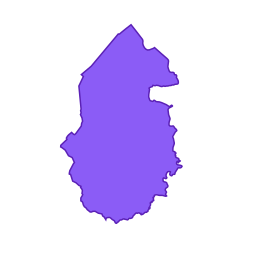 an SVG outline of West Kazakhstan, rotated 119°
{"feature_id": "KAZ-3201", "entity_name": "West Kazakhstan", "entity_type": "Region", "adm_level": 1, "iso_a3": "KAZ", "parent_name": "Kazakhstan", "parent_adm1": "", "projection": "orthographic", "projection_center": [51.03, 49.856], "detail": "fine", "context": "isolated", "style": "filled", "palette": "violet", "viewbox_px": 256, "rotation_deg": 119, "n_neighbors": 0, "source": "natural_earth", "source_scale": "10m", "svg_char_len": 4953}
<svg xmlns="http://www.w3.org/2000/svg" viewBox="0 0 256 256"><g transform="rotate(119 128 128)"><path d="M168.7,61.3L169.3,61.7L169.7,62.9L170.0,64.3L170.3,65.3L171.8,68.1L172.4,70.3L172.6,70.7L172.8,71.1L173.2,71.5L173.6,71.9L174.0,72.2L174.2,72.3L174.7,71.9L176.6,72.0L176.7,72.3L176.9,72.2L177.2,71.8L177.4,71.5L177.6,71.3L177.8,71.2L178.3,71.2L178.5,71.0L178.6,70.8L178.7,70.5L179.1,70.4L179.3,70.5L179.8,71.0L180.0,71.1L181.2,71.0L181.6,71.1L181.3,71.8L181.8,71.8L182.4,72.2L182.7,72.2L183.0,72.1L183.3,71.8L183.6,71.5L183.8,71.3L184.7,70.9L187.3,70.9L187.1,70.3L187.2,70.0L187.4,70.0L187.8,70.0L188.0,70.0L188.1,70.4L188.3,70.5L188.5,70.6L188.7,70.4L188.9,70.4L190.5,70.6L190.8,70.5L191.3,70.2L191.8,70.6L192.7,70.9L192.9,71.2L193.4,72.0L193.7,72.3L196.0,73.1L196.9,73.8L197.2,74.0L197.4,74.6L197.2,74.9L196.5,75.3L196.9,75.8L196.9,76.3L196.8,76.9L197.0,77.5L197.7,78.2L198.1,78.6L198.2,79.3L198.8,79.9L202.8,80.9L203.9,80.7L204.5,80.8L205.4,81.5L205.8,81.9L206.4,83.1L206.9,83.4L208.0,83.5L208.5,83.8L208.7,84.3L209.0,85.6L209.2,86.1L209.3,86.4L209.4,86.8L209.4,87.4L210.1,88.2L210.5,88.5L211.4,89.0L211.7,89.4L212.0,89.9L212.4,90.3L212.9,90.6L214.7,90.9L214.9,91.0L215.4,91.4L215.6,91.6L216.6,91.7L216.9,91.9L217.1,92.2L217.1,92.5L217.1,92.8L217.0,93.2L215.8,94.9L215.7,95.6L215.7,97.1L215.6,97.8L215.2,99.4L215.1,100.1L215.2,100.8L215.6,101.5L216.4,102.6L216.9,103.0L217.4,103.3L217.9,103.3L218.9,103.0L217.4,105.7L217.2,107.5L215.8,109.2L216.9,112.7L216.8,116.4L218.0,118.4L219.1,119.1L219.8,120.4L219.4,122.5L219.2,123.9L218.2,126.1L218.0,128.0L216.9,129.8L215.5,131.1L214.6,132.4L214.6,133.9L212.1,135.3L209.4,135.2L208.2,135.3L207.6,136.5L204.9,137.5L203.9,138.6L203.0,140.6L201.8,140.9L202.0,143.1L201.1,147.0L201.3,150.6L197.0,155.1L196.4,155.9L196.8,156.9L196.1,157.4L193.6,158.2L185.5,158.4L184.2,158.1L180.9,162.5L181.1,166.6L177.8,172.1L177.2,176.2L177.2,177.7L175.7,178.4L167.6,175.9L166.7,177.0L164.7,177.0L162.8,176.6L159.2,175.2L159.9,172.5L159.6,171.4L157.9,170.9L149.0,169.8L146.4,170.8L144.1,171.0L141.5,173.1L139.3,176.1L138.2,176.2L137.0,176.7L135.9,177.8L134.2,178.2L115.1,191.3L104.6,192.0L103.9,194.7L91.8,190.1L50.5,182.1L50.5,181.8L50.2,181.3L49.7,180.9L47.5,180.1L41.8,177.8L36.2,175.4L39.9,166.6L43.5,158.3L44.1,157.6L44.9,157.0L46.7,156.2L47.2,155.8L47.7,155.4L48.9,154.0L49.9,152.3L50.4,150.5L50.3,148.7L49.2,147.1L46.0,144.4L44.8,143.8L46.7,135.4L48.5,127.0L49.1,125.6L50.0,124.9L55.0,122.9L56.6,121.4L58.1,119.7L58.6,118.7L58.6,117.5L57.5,115.7L57.4,114.7L57.6,114.3L58.5,113.5L58.7,113.0L58.6,112.5L58.3,112.1L58.2,111.7L58.5,111.0L58.8,110.7L60.4,110.1L60.7,109.7L61.4,108.3L61.6,108.1L62.3,107.1L63.3,106.3L64.3,105.8L65.2,105.8L65.8,106.3L67.1,108.2L68.1,108.8L68.4,109.2L68.6,109.7L68.8,110.0L69.0,110.3L69.4,110.5L69.6,110.6L70.6,111.9L71.0,112.6L71.9,113.4L72.7,114.8L73.5,115.6L73.7,116.0L73.8,116.5L73.9,117.0L74.2,117.4L75.3,118.4L75.7,119.3L75.9,120.3L76.0,121.3L76.2,122.3L76.4,122.6L76.6,123.3L76.7,123.6L77.0,124.0L77.8,124.7L78.2,125.6L78.4,126.3L78.6,126.9L79.4,126.9L80.0,126.8L80.2,127.0L81.3,128.0L82.5,128.8L82.8,128.9L83.1,128.8L83.7,128.0L84.0,127.8L88.6,126.1L90.9,124.9L92.7,122.9L93.1,122.3L93.3,121.9L93.3,121.6L93.0,120.2L92.9,119.6L92.6,119.2L91.1,118.7L91.0,117.8L91.3,116.5L90.9,115.2L90.0,113.3L89.5,110.9L89.0,105.8L89.2,103.4L89.1,102.3L88.6,101.5L87.5,101.3L87.0,101.0L86.9,100.3L87.2,99.8L87.8,99.9L90.6,101.8L91.6,102.0L92.6,101.9L96.7,98.9L98.8,96.4L99.7,95.6L102.8,94.9L104.7,94.1L105.6,93.4L105.9,92.2L105.5,91.1L104.8,90.2L104.3,89.4L104.6,88.4L105.1,87.5L105.4,86.9L105.6,85.8L105.8,85.2L106.1,84.6L106.4,84.2L106.9,84.1L108.6,84.7L113.9,84.7L114.2,84.5L115.3,83.1L118.5,80.4L119.4,79.9L123.3,79.2L125.9,77.9L126.2,77.6L126.4,77.2L126.3,76.8L126.2,76.2L126.1,75.5L126.3,75.2L126.7,75.0L127.0,74.6L126.9,74.5L126.7,74.3L126.6,74.1L126.8,73.9L127.1,73.8L128.4,73.8L128.8,73.6L129.1,73.3L129.2,72.7L129.7,72.6L130.1,72.5L130.3,72.1L130.4,71.3L130.2,69.3L130.3,68.8L130.6,68.4L131.1,68.3L131.4,68.0L131.4,67.2L131.5,66.4L131.9,66.4L132.7,67.1L133.7,67.1L133.9,67.2L133.5,67.8L133.2,68.5L133.4,68.8L134.0,68.8L134.5,68.8L135.4,68.4L136.0,67.7L136.1,66.7L135.1,63.8L135.0,62.7L135.5,62.1L136.7,62.3L137.1,62.6L137.5,62.9L137.8,63.4L138.0,64.0L138.4,64.6L138.9,64.9L144.2,65.2L144.6,65.1L145.1,64.8L145.6,64.7L146.0,64.9L146.5,65.8L146.8,66.2L147.2,66.4L148.1,66.4L148.6,66.6L148.8,67.3L148.8,68.1L148.6,68.6L148.3,69.0L147.9,69.2L145.8,69.6L145.7,69.9L145.9,70.4L146.2,71.0L146.4,71.4L147.1,72.1L148.8,72.3L150.5,72.0L151.7,71.3L152.1,70.8L152.3,70.3L152.7,69.9L153.2,69.9L153.7,70.1L154.0,70.4L154.0,70.9L154.1,71.7L154.6,72.8L155.6,72.7L156.7,72.0L157.5,71.3L157.5,70.0L157.1,68.9L157.1,67.8L158.2,66.4L158.9,65.4L159.3,65.0L159.9,64.8L160.5,64.8L161.1,65.1L161.7,65.4L162.2,65.6L162.9,65.7L163.5,65.6L164.1,65.4L164.5,65.0L165.0,63.9L165.3,63.4L165.8,63.1L167.1,63.2L167.7,63.1L168.1,62.7L168.4,61.7L168.7,61.3Z" fill="#8b5cf6" stroke="#5b21b6" stroke-width="1.5"/></g></svg>